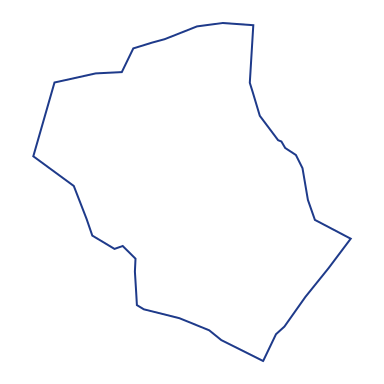 Bu'ren, Töv, Mongolia (Albers equal-area conic projection)
{"feature_id": "93677404B69512651259917", "entity_name": "Bu'ren", "entity_type": "district", "adm_level": 2, "iso_a3": "MNG", "parent_name": "Mongolia", "parent_adm1": "Töv", "projection": "albers", "projection_center": [105.213, 46.842], "detail": "fine", "context": "isolated", "style": "outline", "palette": "blue", "viewbox_px": 384, "rotation_deg": 0, "n_neighbors": 0, "source": "geoboundaries", "source_scale": "gbopen_adm2", "svg_char_len": 602}
<svg xmlns="http://www.w3.org/2000/svg" viewBox="0 0 384 384"><path d="M350.7,238.7L314.9,219.9L307.9,199.9L302.5,168.2L295.9,155.0L285.2,148.0L281.4,141.5L278.1,140.2L259.8,115.8L252.7,92.1L249.8,82.8L253.3,25.2L222.6,23.0L197.0,26.4L164.6,39.2L152.1,42.6L133.3,48.4L121.8,72.1L95.7,73.4L54.5,82.5L33.3,156.3L73.8,186.0L86.6,219.0L92.3,235.6L114.5,248.9L122.7,246.0L135.5,258.7L134.9,271.6L136.2,292.8L136.9,305.1L143.8,309.3L179.4,318.2L209.2,330.3L221.3,340.1L263.1,361.0L263.2,360.9L276.0,334.2L284.4,326.6L305.4,296.9L328.6,268.1L350.7,238.7Z" fill="none" stroke="#1e3a8a" stroke-width="2"/></svg>